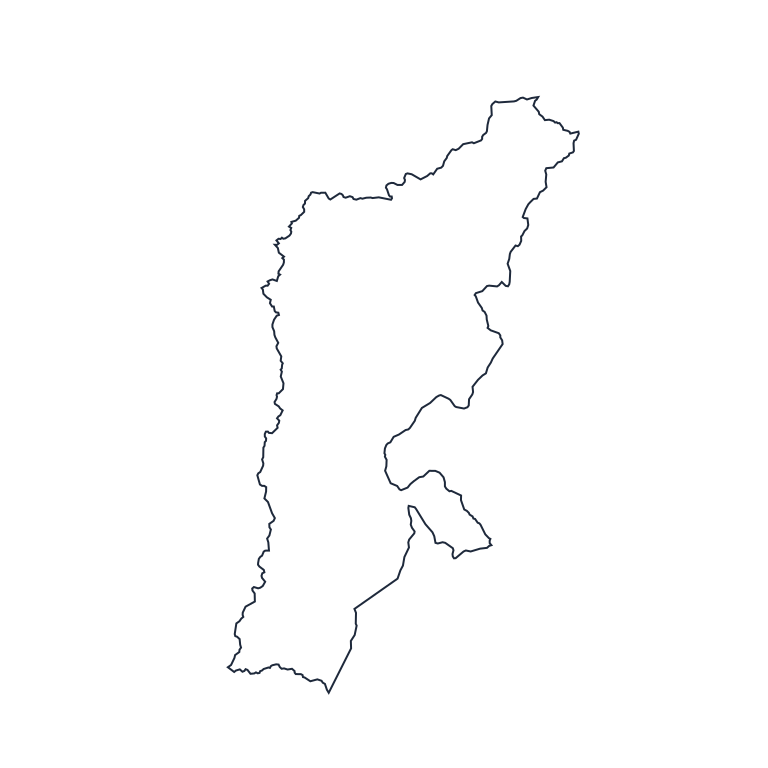 outline of Montes Claros, Minas Gerais, Brazil, rotated 193°
{"feature_id": "56859067B50283699039030", "entity_name": "Montes Claros", "entity_type": "district", "adm_level": 2, "iso_a3": "BRA", "parent_name": "Brazil", "parent_adm1": "Minas Gerais", "projection": "robinson", "projection_center": [-43.949, -16.615], "detail": "fine", "context": "isolated", "style": "outline", "palette": "slate", "viewbox_px": 768, "rotation_deg": 193, "n_neighbors": 0, "source": "geoboundaries", "source_scale": "gbopen_adm2", "svg_char_len": 6118}
<svg xmlns="http://www.w3.org/2000/svg" viewBox="0 0 768 768"><g transform="rotate(193 384 384)"><path d="M506.7,523.3L510.7,521.1L509.9,519.7L512.0,516.0L509.5,515.2L509.8,512.9L508.6,511.6L508.5,509.7L509.5,507.3L512.9,503.7L514.8,502.9L516.4,503.6L517.4,502.0L519.4,501.8L521.1,499.7L518.1,497.4L519.6,495.5L521.6,495.1L518.0,492.6L516.0,488.3L510.1,485.6L511.4,483.8L509.5,482.7L508.9,480.0L509.1,477.5L512.0,470.1L511.7,467.7L509.9,467.2L511.3,465.2L511.6,460.3L516.2,460.8L518.4,459.5L520.5,457.7L518.5,455.8L519.5,453.6L521.4,453.2L524.9,450.0L523.3,448.8L521.8,444.8L517.6,442.1L513.3,440.6L513.3,437.1L510.5,434.3L508.8,434.7L506.9,430.5L505.4,429.5L503.0,429.7L501.9,427.6L503.9,426.4L505.6,421.9L506.1,416.9L505.5,414.3L502.9,410.7L501.8,407.2L500.4,405.0L496.3,400.3L497.3,396.6L496.5,394.5L490.3,387.8L489.9,383.4L487.3,381.4L487.6,379.8L487.1,376.1L487.9,374.7L486.3,373.1L486.3,368.1L482.1,362.1L481.3,356.3L484.5,351.2L486.0,350.9L486.2,349.0L485.4,347.6L485.4,345.3L486.6,341.8L485.8,340.1L481.5,338.5L479.7,336.8L476.8,335.5L478.0,330.3L479.6,328.6L480.5,326.5L477.8,324.7L477.7,322.5L478.9,319.7L477.8,317.4L482.0,310.9L485.2,310.5L486.4,311.5L488.4,311.0L488.9,308.4L488.3,306.0L486.6,304.5L486.2,302.1L487.1,300.5L486.5,296.9L487.2,294.9L485.2,285.5L485.8,283.1L483.7,279.5L483.4,277.2L484.8,270.4L486.4,268.7L486.9,266.6L482.3,258.2L479.9,257.3L477.7,257.8L475.6,257.0L474.7,252.7L474.8,245.6L470.5,242.9L464.0,232.9L460.2,228.8L460.8,225.8L464.3,221.9L463.4,218.6L461.5,216.8L461.6,210.6L463.1,207.1L461.1,203.7L458.6,195.8L462.3,194.9L463.5,193.6L464.2,189.3L465.6,187.8L466.6,185.5L466.4,181.3L466.1,179.6L464.4,178.1L459.3,175.8L458.2,173.6L460.0,172.2L460.2,169.5L459.2,167.6L455.3,164.6L456.7,159.9L458.7,157.7L460.7,156.6L465.1,156.9L466.4,155.1L465.7,153.2L462.9,150.8L460.9,143.0L468.8,135.9L470.2,129.5L469.8,127.2L468.7,125.4L470.3,123.3L471.5,120.3L474.0,117.5L473.2,106.8L472.2,104.9L470.3,104.7L467.3,103.0L465.5,97.6L464.0,95.0L465.0,92.6L464.7,90.3L468.1,86.4L468.1,83.5L469.8,75.8L472.4,72.9L465.2,69.7L463.8,71.5L460.3,73.5L457.2,71.8L455.5,73.0L454.7,75.0L452.7,74.7L448.9,71.6L445.3,72.8L443.9,74.2L442.0,73.7L440.3,74.5L440.1,76.3L438.4,77.4L437.2,79.2L432.8,81.8L431.3,81.7L430.8,83.6L429.6,84.8L426.0,86.6L423.6,86.9L421.9,84.8L419.7,83.5L417.4,84.4L413.7,84.1L409.6,85.8L406.6,84.2L406.1,82.6L404.7,81.5L399.8,82.6L397.9,82.1L397.0,80.2L395.4,80.2L388.9,77.8L382.5,81.2L378.1,80.8L376.5,79.2L374.1,78.5L370.9,73.3L368.4,70.7L356.6,119.0L358.5,126.2L356.1,132.8L356.3,142.4L357.6,144.1L359.8,154.7L362.2,158.2L327.0,197.4L326.1,206.1L324.7,211.3L325.2,220.0L322.9,230.3L324.7,235.1L324.5,238.1L320.9,245.3L321.0,247.2L324.4,250.2L326.3,253.0L326.6,256.8L327.6,259.3L330.0,262.3L332.4,268.7L332.5,270.8L326.3,270.8L324.6,269.4L312.1,256.7L303.4,250.4L300.8,247.0L298.1,240.8L295.7,240.7L291.3,243.0L288.6,243.0L280.0,239.5L278.9,237.6L279.0,233.7L278.2,231.5L276.6,229.9L275.0,230.4L268.8,238.7L266.8,240.2L261.9,240.3L253.3,245.2L246.8,247.5L245.1,249.9L243.1,251.1L245.2,252.7L245.8,255.0L245.5,257.0L247.1,257.4L251.5,260.3L258.3,268.6L259.8,269.7L261.5,269.9L264.9,273.0L266.6,273.0L267.9,274.9L271.2,276.0L272.3,277.5L274.7,279.0L277.6,279.8L282.9,288.2L283.8,292.7L294.4,295.0L296.1,294.2L299.7,296.0L301.6,297.9L302.6,302.1L305.0,306.5L309.9,310.1L314.5,310.9L320.3,309.6L324.9,302.7L328.7,301.1L333.1,296.0L335.8,292.4L337.7,288.4L343.4,284.4L345.2,284.8L348.2,287.6L355.2,288.8L363.4,299.7L363.2,304.4L364.4,310.7L366.8,313.4L366.8,315.3L368.0,316.6L368.6,321.4L368.0,325.1L367.0,326.9L364.7,328.6L362.7,334.7L358.1,338.1L352.6,344.0L350.1,345.2L348.9,347.0L345.7,355.1L345.5,358.2L341.7,369.2L334.8,375.9L330.1,383.0L327.7,385.2L326.1,386.0L317.8,384.2L315.8,383.4L310.1,378.3L308.5,377.8L300.5,378.1L297.5,380.1L296.6,382.1L297.7,388.3L295.6,393.7L295.4,396.2L297.1,401.2L293.3,409.3L289.9,414.5L287.1,417.3L286.7,423.4L284.7,428.9L283.8,433.3L277.4,449.6L278.7,453.1L281.2,455.6L281.6,457.5L283.6,459.3L292.1,460.3L295.7,462.0L295.4,464.0L298.4,470.0L299.5,473.7L302.2,476.9L304.5,477.8L305.8,480.1L310.7,484.5L314.3,490.1L315.7,491.1L314.9,493.2L309.1,496.6L305.7,502.6L303.7,503.5L295.8,504.5L294.2,506.1L292.2,509.9L287.5,507.0L285.2,507.1L284.4,509.3L284.5,511.8L286.4,522.5L290.6,529.0L290.1,534.1L290.6,539.0L290.3,541.3L287.0,548.5L284.6,548.4L283.3,550.2L282.5,554.3L283.6,558.6L282.7,559.9L281.5,564.7L279.5,567.7L279.2,571.4L281.5,577.6L285.0,577.2L286.4,577.9L285.3,586.3L283.8,591.6L282.5,593.9L279.9,598.0L276.7,599.1L275.2,606.0L272.5,608.2L269.9,612.3L272.0,617.4L273.0,624.6L274.9,628.1L274.4,630.8L267.5,633.1L264.5,639.0L260.7,641.0L259.5,644.5L257.8,645.3L255.3,648.2L255.3,650.2L252.0,652.2L251.4,653.8L253.5,661.3L253.5,663.9L251.8,665.2L250.5,671.7L251.4,673.6L258.8,669.9L259.9,671.4L262.0,672.0L266.5,672.0L267.4,674.0L271.7,677.7L273.4,677.2L274.7,677.9L276.1,677.2L277.9,678.3L282.5,678.7L286.6,677.3L289.7,680.2L293.4,681.8L294.5,684.1L301.0,688.9L300.5,693.9L299.2,695.5L298.3,698.3L304.4,695.9L308.7,693.4L313.0,694.3L315.3,693.3L318.8,689.7L320.9,688.6L335.5,684.2L339.1,684.3L341.4,681.1L342.0,679.0L339.5,670.2L341.4,666.4L341.4,659.7L340.6,653.5L341.0,651.7L343.3,649.0L344.0,647.0L343.5,644.9L344.2,643.2L350.6,638.8L352.6,639.3L360.8,635.5L364.2,630.0L366.7,628.0L369.9,628.2L370.9,627.0L373.7,620.3L373.7,618.4L375.4,614.5L375.6,609.9L376.9,607.7L380.6,605.7L383.2,599.3L384.8,600.0L386.3,599.7L388.7,596.4L394.4,591.6L404.2,594.6L408.5,594.5L410.0,593.5L410.7,589.2L409.5,587.6L409.3,585.6L411.2,582.0L415.7,581.0L419.8,582.0L422.1,581.6L424.7,580.1L426.3,578.0L426.3,575.7L424.9,574.4L421.6,569.0L420.2,568.0L418.7,568.4L418.0,566.8L418.6,565.1L431.1,564.7L437.0,562.6L438.9,562.7L443.2,561.5L446.7,559.7L448.8,559.8L452.4,557.4L455.3,557.4L456.7,559.0L459.5,559.3L463.3,556.9L465.5,557.1L466.5,558.6L468.2,559.6L470.1,559.7L477.8,551.7L479.6,552.3L484.2,557.2L488.4,556.2L489.6,555.1L496.7,554.9L498.1,554.0L498.3,552.0L499.6,550.1L499.7,548.0L502.1,544.7L501.6,542.0L502.7,540.4L502.9,538.2L501.1,536.3L500.5,533.8L503.0,529.9L504.4,528.8L504.2,526.8L506.7,523.3Z" fill="none" stroke="#1e293b" stroke-width="2"/></g></svg>